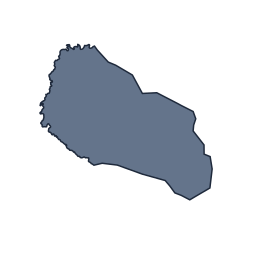 Mogod, Bulgan, Mongolia (Albers equal-area conic projection), rotated 310°
{"feature_id": "93677404B32006231606780", "entity_name": "Mogod", "entity_type": "district", "adm_level": 2, "iso_a3": "MNG", "parent_name": "Mongolia", "parent_adm1": "Bulgan", "projection": "albers", "projection_center": [102.81, 48.255], "detail": "fine", "context": "isolated", "style": "filled", "palette": "slate", "viewbox_px": 256, "rotation_deg": 310, "n_neighbors": 0, "source": "geoboundaries", "source_scale": "gbopen_adm2", "svg_char_len": 5266}
<svg xmlns="http://www.w3.org/2000/svg" viewBox="0 0 256 256"><g transform="rotate(310 128 128)"><path d="M182.5,167.3L179.5,154.5L178.7,150.5L173.5,127.4L163.7,116.8L171.4,97.3L168.2,78.2L165.8,70.5L168.0,54.3L169.2,49.7L168.0,49.0L167.4,48.9L166.8,49.0L166.2,48.8L165.4,48.3L164.8,47.8L164.6,47.5L164.6,47.2L164.6,46.7L164.8,46.4L165.9,45.7L166.5,45.5L166.7,45.3L166.9,45.0L166.9,44.9L166.9,44.6L166.7,44.3L166.1,44.1L164.7,43.4L164.1,42.8L163.8,42.5L163.5,41.9L163.4,41.8L162.8,41.9L162.0,42.3L159.8,42.5L159.5,42.4L158.8,42.1L157.9,41.3L157.8,40.9L157.9,40.7L158.0,40.5L158.5,40.1L159.3,39.3L159.5,39.0L160.0,38.0L160.1,37.5L160.0,37.1L159.9,36.2L159.8,35.9L159.7,35.8L158.3,37.1L158.0,37.2L157.7,37.2L157.4,36.9L157.3,36.2L157.0,35.8L156.2,35.0L155.6,34.7L155.0,34.7L154.7,34.8L154.5,35.1L154.3,35.8L154.0,36.0L153.6,36.1L153.3,35.9L153.1,35.4L153.2,34.4L153.1,34.1L152.8,33.2L152.7,32.8L152.6,32.2L152.7,31.7L152.8,31.4L153.0,31.1L153.8,30.2L154.0,29.8L154.0,29.5L154.0,29.3L153.7,29.0L152.6,27.9L152.2,27.8L151.9,27.8L151.8,28.1L152.3,28.8L152.3,29.0L152.2,29.5L152.1,29.8L151.8,29.9L151.4,29.8L150.8,29.5L150.3,29.6L150.2,29.7L150.2,29.8L150.3,30.9L150.3,31.4L150.2,31.7L149.8,31.9L149.4,32.1L149.0,32.3L148.6,32.3L148.4,32.1L148.1,31.6L148.2,31.0L148.4,30.6L148.4,30.1L148.3,29.7L148.1,29.4L147.4,29.0L146.5,27.7L145.6,27.1L145.3,26.9L144.3,26.7L143.5,26.7L142.8,26.9L142.2,27.3L141.8,27.7L141.1,28.4L140.2,28.8L139.2,29.0L138.8,28.8L138.5,28.8L138.3,28.9L138.1,29.0L137.7,30.1L137.3,30.8L137.1,30.9L136.6,30.9L135.4,30.3L134.4,30.2L134.1,30.2L133.3,29.1L133.2,29.1L132.5,29.1L131.7,29.3L131.4,29.3L131.0,29.3L130.8,29.5L130.5,30.0L130.0,30.7L129.5,31.0L128.4,31.3L128.3,31.5L128.1,32.1L128.2,32.5L128.0,33.1L127.7,33.4L127.4,33.5L126.9,33.5L126.7,33.6L126.2,34.0L125.9,34.1L125.5,34.0L125.2,33.7L124.5,33.8L123.4,34.1L123.1,34.1L122.6,33.8L122.1,33.6L121.2,33.8L120.3,33.7L119.4,33.8L118.5,33.4L118.3,33.4L117.9,33.5L117.6,33.7L116.9,34.3L116.5,35.2L116.0,35.7L115.9,36.1L115.6,36.6L115.1,36.8L114.9,36.9L114.8,37.0L114.8,37.3L114.9,37.7L114.9,38.2L115.0,38.4L115.0,39.0L115.4,39.3L115.4,39.5L114.9,40.3L114.7,40.4L114.3,40.4L113.8,40.1L113.6,39.9L113.6,39.7L113.3,39.4L113.0,39.6L112.8,39.8L112.4,40.3L111.8,40.7L111.7,40.8L111.7,41.4L111.5,41.8L111.4,42.4L111.2,42.5L110.8,42.5L110.0,41.9L109.8,41.9L109.5,41.9L108.6,42.6L108.2,42.7L107.9,42.9L107.3,42.8L107.1,42.9L106.8,43.3L106.7,43.9L106.5,44.1L106.2,44.3L104.6,45.1L103.9,45.2L103.2,44.5L103.0,44.4L102.4,44.3L102.0,44.4L101.8,44.3L101.5,44.2L101.2,44.0L100.9,43.6L100.6,43.8L100.3,44.4L100.0,44.7L99.5,45.0L98.6,45.0L97.8,44.9L97.3,45.1L96.5,46.1L96.1,46.2L95.7,46.2L95.2,46.2L94.5,45.8L93.9,45.8L93.6,45.5L92.9,45.3L92.3,45.3L91.5,45.1L90.9,45.1L89.0,46.1L88.8,46.2L88.8,46.4L88.8,46.5L89.0,46.6L89.7,46.6L90.1,46.8L90.3,46.8L91.1,46.5L91.6,46.6L91.9,46.9L92.0,47.1L92.0,47.3L92.0,47.5L91.9,47.7L91.8,47.8L91.0,47.7L90.8,47.7L90.4,47.9L90.2,48.2L90.1,48.3L90.1,49.0L90.0,49.7L89.6,50.2L89.0,50.4L88.8,50.6L87.9,50.5L87.5,50.4L87.0,50.4L85.5,51.0L84.9,51.2L84.3,51.3L83.6,51.2L84.2,51.1L84.4,51.0L84.3,50.9L83.5,50.8L83.2,50.8L82.9,51.0L82.7,51.3L82.6,51.5L82.6,51.9L82.7,52.1L83.0,52.2L83.3,52.6L84.1,53.2L84.2,53.4L84.3,53.8L84.3,54.5L84.1,54.9L83.1,55.8L82.2,56.7L80.7,57.4L80.0,57.8L79.5,57.9L78.7,57.6L78.4,57.6L77.1,58.0L76.4,57.8L75.8,58.0L75.5,58.3L75.4,58.6L75.5,59.1L75.4,59.8L75.2,60.1L74.9,60.5L74.3,60.9L74.1,61.2L74.0,61.7L74.1,62.1L74.9,62.7L75.3,63.2L75.8,63.8L76.0,64.2L76.1,64.4L76.3,64.6L76.7,64.8L77.7,64.3L78.1,64.1L79.5,64.0L80.0,64.1L80.1,64.3L80.2,64.6L80.0,65.3L79.9,65.6L79.7,65.9L79.7,66.1L79.7,67.0L79.2,67.9L79.1,68.0L78.6,68.1L77.2,67.7L76.8,67.7L76.4,67.8L75.5,68.4L74.6,68.9L74.4,69.1L74.3,69.7L74.2,70.0L74.2,70.3L74.3,70.4L74.7,70.9L74.7,71.3L74.8,71.8L74.5,72.8L74.4,73.2L74.1,73.7L74.1,74.0L74.1,74.3L75.1,74.4L75.3,74.5L75.6,75.2L75.5,75.4L75.1,76.0L74.8,76.5L74.7,77.0L74.8,77.2L74.9,77.3L75.8,77.5L75.9,77.8L75.9,78.0L75.7,78.3L75.7,78.8L75.6,78.7L75.3,78.6L75.2,78.9L75.1,79.1L75.2,79.5L75.2,80.4L75.1,80.8L75.0,81.1L74.9,81.8L74.7,82.1L74.7,82.4L75.2,82.9L75.2,83.1L75.3,83.4L75.2,83.8L75.0,84.1L74.9,84.4L74.7,84.9L74.6,85.4L74.6,85.7L74.9,86.3L74.9,86.6L75.0,87.7L75.0,88.0L74.9,88.9L75.0,90.7L74.9,91.1L75.2,90.8L75.4,90.8L75.5,90.9L75.4,91.2L75.5,91.7L75.4,92.1L74.5,92.3L74.3,92.6L73.6,93.8L73.5,94.4L73.5,95.1L73.7,95.4L73.7,96.0L73.9,96.7L73.5,97.5L73.8,98.1L74.2,98.5L74.4,99.1L74.7,99.3L74.8,99.5L74.9,100.3L74.8,100.7L74.8,101.1L74.6,101.7L74.7,101.9L75.0,102.0L75.2,102.4L74.8,102.7L74.8,102.9L74.9,103.5L74.7,104.2L74.6,104.8L74.5,105.1L74.5,106.6L74.2,107.4L74.2,107.7L74.2,107.9L74.9,108.8L75.1,109.1L75.1,109.5L74.7,110.2L75.0,111.1L75.4,111.7L75.6,111.9L76.1,112.2L77.1,112.7L77.3,112.8L77.6,113.1L77.7,113.3L77.8,113.6L77.8,114.5L78.7,115.4L79.1,116.2L79.6,116.7L79.7,116.9L79.7,117.2L79.4,117.5L78.5,118.3L77.3,118.9L77.1,119.3L77.0,119.6L77.1,119.9L77.3,120.8L77.3,121.3L77.4,121.7L77.3,122.1L77.1,122.7L77.1,122.8L77.4,123.4L77.5,124.2L77.6,125.8L84.4,130.9L92.7,143.6L101.9,168.7L111.7,190.3L111.3,192.4L110.5,197.2L108.4,205.6L110.6,212.0L112.7,221.5L118.2,223.4L134.7,229.3L150.7,218.8L158.9,209.3L156.9,203.1L163.9,197.1L167.6,179.8L172.5,176.4L178.6,174.0L182.5,167.3Z" fill="#64748b" stroke="#1e293b" stroke-width="1.5"/></g></svg>